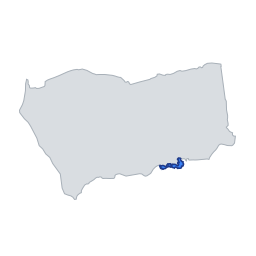 Tatale Sanguli, Northern, Ghana shown in context, rotated 83°
{"feature_id": "2480657B76540044095481", "entity_name": "Tatale Sanguli", "entity_type": "district", "adm_level": 2, "iso_a3": "GHA", "parent_name": "Ghana", "parent_adm1": "Northern", "projection": "robinson", "projection_center": [0.423, 9.141], "detail": "medium", "context": "in_parent", "style": "filled", "palette": "blue", "viewbox_px": 256, "rotation_deg": 83, "n_neighbors": 0, "source": "geoboundaries", "source_scale": "gbopen_adm2", "svg_char_len": 4147}
<svg xmlns="http://www.w3.org/2000/svg" viewBox="0 0 256 256"><g transform="rotate(83 128 128)"><path d="M155.9,24.1L157.8,26.1L158.2,27.2L157.5,31.5L156.2,34.5L155.3,37.3L155.4,38.7L156.2,40.1L159.1,42.3L160.5,43.7L162.2,45.9L164.2,48.0L167.5,50.8L168.9,51.3L168.9,52.0L168.4,53.1L168.1,63.4L167.8,66.0L167.6,67.4L167.3,71.2L166.9,71.7L166.3,71.7L165.7,71.8L165.6,72.6L165.8,73.4L167.8,73.9L167.4,74.5L165.9,75.1L165.2,76.2L165.5,77.5L164.7,78.6L164.9,79.3L165.4,79.8L166.3,79.6L168.7,77.9L169.6,77.7L170.9,78.0L173.1,80.7L173.2,82.1L172.3,86.6L171.4,90.1L171.2,94.7L172.2,97.3L172.1,98.8L171.0,100.0L168.7,101.8L168.9,103.0L169.9,105.3L171.9,107.9L175.8,111.0L177.8,115.1L177.9,116.8L176.7,118.5L175.3,119.9L174.8,122.0L175.5,135.8L172.4,141.8L172.4,143.5L172.7,145.5L173.5,146.7L175.0,147.0L176.3,148.1L175.9,152.3L175.2,156.6L175.1,158.7L174.7,159.7L173.5,160.5L173.1,161.8L173.4,163.5L173.1,164.7L173.8,166.3L175.2,168.3L177.4,173.2L178.3,173.6L178.7,174.7L178.4,175.7L179.3,177.9L181.8,180.0L184.4,181.9L186.5,182.2L187.0,183.9L188.4,186.1L189.4,187.0L191.0,187.7L192.3,188.0L192.4,189.8L190.0,191.1L188.4,193.0L187.2,195.9L185.5,199.0L179.6,200.7L177.4,200.7L165.4,200.8L154.2,207.0L147.7,209.2L143.7,212.8L138.4,215.2L134.7,218.3L126.9,219.7L114.2,224.5L110.2,226.4L106.2,229.7L99.6,233.6L97.1,233.5L91.9,229.9L88.1,228.1L78.7,225.3L71.6,224.2L68.2,223.0L67.3,222.8L68.1,221.5L70.1,221.4L72.1,221.8L73.7,220.8L76.0,220.7L76.6,219.7L76.8,217.0L76.7,214.9L77.6,214.0L77.8,211.5L76.6,206.0L75.8,205.3L71.7,204.5L71.4,203.5L70.7,202.3L69.9,199.4L69.0,195.2L67.6,190.0L64.9,181.3L64.2,178.2L63.7,175.1L63.6,171.4L64.2,170.0L64.1,168.1L63.9,166.2L65.8,161.8L69.6,156.4L70.4,154.4L71.2,153.1L71.3,151.1L72.0,144.8L73.8,137.2L74.9,134.4L75.7,132.8L76.7,130.3L76.9,129.1L80.4,126.1L82.0,125.3L82.4,124.1L81.8,122.8L82.1,122.0L82.9,121.5L84.2,121.2L85.2,120.0L83.7,110.6L82.5,101.2L82.4,100.4L81.7,99.2L81.0,95.3L79.9,93.0L78.2,92.4L78.2,90.2L79.9,86.7L80.3,84.5L79.5,83.9L79.4,82.3L80.0,79.6L79.7,78.0L79.4,76.3L77.7,72.2L77.3,69.3L78.2,67.6L78.1,63.9L77.2,58.2L77.1,54.5L77.7,53.0L77.4,51.6L76.2,50.2L76.1,48.9L77.2,47.6L77.0,46.6L75.7,45.9L74.5,44.1L73.5,41.4L73.7,36.9L75.7,28.7L76.0,28.0L78.2,28.0L78.2,28.4L85.2,28.3L93.3,28.2L102.9,28.1L111.6,28.0L112.0,27.6L113.4,27.2L122.2,28.0L127.7,27.6L130.1,27.9L131.8,28.4L135.6,28.1L137.6,28.3L139.1,30.3L139.7,30.3L140.6,29.4L142.1,28.5L143.7,27.7L144.8,26.1L145.5,24.8L146.5,25.1L147.9,25.0L148.9,24.0L149.2,22.4L155.9,24.1Z" fill="#d9dde1" stroke="#a8b0b8" stroke-width="1"/><path d="M164.6,79.5L164.2,80.0L164.2,80.4L163.9,81.3L164.0,81.7L164.8,82.0L164.7,82.5L165.0,82.7L165.4,82.5L165.9,82.0L166.4,82.1L166.6,82.0L166.9,82.1L168.0,81.5L168.6,81.5L168.4,82.8L168.9,83.0L169.6,83.0L170.5,82.2L171.4,82.7L171.6,83.5L171.2,84.1L170.3,84.9L169.7,85.9L169.7,86.7L169.6,87.8L169.4,87.9L170.0,88.5L170.2,89.0L170.8,89.5L170.3,89.8L169.2,89.7L168.8,89.9L168.7,90.1L169.0,90.4L168.6,90.5L168.5,92.6L168.4,92.8L168.5,93.0L168.8,93.0L169.3,92.8L169.4,93.8L169.5,94.1L170.2,94.3L170.9,94.7L170.5,96.0L170.3,96.2L170.3,96.6L169.9,96.9L169.6,97.4L169.4,98.2L169.6,99.0L169.5,99.7L169.3,100.0L169.0,100.7L169.2,100.8L169.4,100.6L169.4,100.8L169.6,100.7L170.1,100.7L170.2,101.1L170.7,100.9L170.6,100.7L170.4,100.8L170.4,100.6L170.7,100.4L170.9,100.1L171.2,100.1L171.2,100.4L171.5,100.7L172.1,100.5L172.4,100.0L172.3,99.8L172.4,99.5L172.3,99.1L172.6,98.9L172.7,98.6L173.0,98.7L172.9,98.3L173.2,97.9L172.8,97.1L172.7,96.6L172.8,96.0L172.6,95.5L172.2,95.3L171.5,93.6L171.5,93.2L171.4,93.1L171.3,92.7L171.1,92.7L171.1,92.0L171.3,92.0L171.4,91.5L171.2,91.5L171.8,90.6L172.0,90.6L172.0,89.8L171.7,89.1L172.3,88.7L172.5,88.8L172.8,88.3L173.0,87.5L173.5,86.8L172.9,86.3L172.6,85.5L172.9,84.9L173.6,83.9L174.1,83.8L174.2,83.2L173.9,82.5L174.2,82.2L174.3,80.5L174.1,80.3L173.9,79.9L173.1,79.6L173.0,79.4L172.4,79.4L172.3,79.0L172.5,78.8L172.5,78.2L172.1,77.8L171.3,77.7L171.1,77.4L170.8,77.3L170.4,77.4L170.0,77.3L169.7,77.6L169.2,77.7L168.3,77.4L167.9,77.8L168.0,78.2L167.7,79.0L167.0,79.1L166.7,79.4L165.9,79.8L165.7,79.7L165.4,79.5L165.1,79.4L164.6,79.5Z" fill="#3b82f6" stroke="#1e3a8a" stroke-width="1.5"/></g></svg>